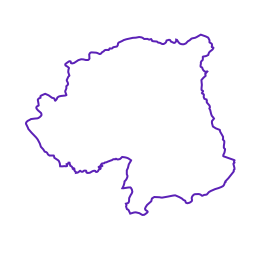 Tien Phuoc, Quàng Nam, Vietnam (Equal Earth projection), rotated 261°
{"feature_id": "81297802B51785257245499", "entity_name": "Tien Phuoc", "entity_type": "district", "adm_level": 2, "iso_a3": "VNM", "parent_name": "Vietnam", "parent_adm1": "Quàng Nam", "projection": "equal_earth", "projection_center": [108.26, 15.491], "detail": "fine", "context": "isolated", "style": "outline", "palette": "violet", "viewbox_px": 256, "rotation_deg": 261, "n_neighbors": 0, "source": "geoboundaries", "source_scale": "gbopen_adm2", "svg_char_len": 5766}
<svg xmlns="http://www.w3.org/2000/svg" viewBox="0 0 256 256"><g transform="rotate(261 128 128)"><path d="M208.8,214.5L207.1,210.1L206.6,208.4L206.5,205.5L206.3,204.6L205.0,202.6L204.3,200.7L202.5,198.4L202.1,196.8L202.0,196.0L202.3,194.4L202.7,193.4L203.3,192.4L204.6,191.4L207.4,190.1L207.7,189.4L206.6,189.3L205.7,188.7L205.0,187.8L204.8,187.2L204.9,186.6L206.8,183.8L207.9,183.5L208.4,183.1L208.7,182.3L208.4,179.8L206.7,178.9L206.0,177.9L205.4,176.4L205.5,175.4L205.9,174.4L206.8,173.4L207.4,172.1L207.6,171.2L208.7,170.2L208.9,170.0L209.8,166.3L210.2,165.5L211.6,165.1L212.2,164.7L212.0,163.2L212.0,162.7L213.0,161.0L213.3,158.6L213.4,157.9L214.8,156.5L215.4,155.5L216.0,153.7L216.1,153.1L216.0,149.8L216.3,146.9L215.9,140.2L215.5,137.5L214.9,136.0L213.8,132.1L213.1,131.4L211.3,130.8L210.4,130.0L210.2,129.6L210.1,126.4L210.0,125.9L209.2,125.0L209.1,124.5L209.1,123.5L209.5,122.6L209.4,122.3L209.3,122.1L208.4,121.6L208.1,121.0L208.6,118.4L208.5,117.4L208.2,116.7L207.6,116.1L206.8,114.1L205.9,113.2L205.5,112.3L205.5,111.5L206.9,109.4L207.4,108.3L208.4,103.8L208.3,102.8L207.8,102.0L206.7,101.2L202.6,100.8L201.9,100.2L201.4,99.1L201.8,96.9L202.9,94.2L203.2,92.4L202.8,89.6L200.7,85.0L200.5,83.3L200.8,82.2L201.0,81.9L202.7,81.7L202.9,81.4L203.1,80.7L203.0,80.1L201.7,77.4L200.9,76.1L200.7,76.0L199.8,76.0L199.4,76.2L198.0,77.9L196.7,79.0L196.2,79.0L194.9,78.3L192.6,77.7L189.0,78.3L188.8,78.2L188.1,77.2L187.6,76.8L184.9,75.0L184.1,75.0L182.4,75.6L180.8,75.7L179.9,75.1L178.9,73.6L176.7,73.3L174.3,71.8L173.4,71.7L170.5,72.3L170.1,72.2L169.9,71.0L170.1,67.1L170.0,65.1L169.7,64.1L169.1,63.0L167.9,62.3L167.3,61.7L166.6,60.9L166.4,60.4L166.6,60.2L168.6,59.8L169.0,59.4L169.8,57.6L172.7,54.7L174.5,51.9L174.7,51.6L174.6,51.0L173.9,48.3L173.5,47.0L173.1,46.5L171.6,46.3L171.1,44.5L170.3,43.5L169.8,43.3L166.4,43.4L164.3,43.3L164.1,43.1L163.7,41.7L163.2,41.0L162.4,40.6L161.5,40.7L159.6,41.8L156.5,44.4L155.2,44.7L154.2,44.5L153.7,44.1L152.6,42.6L151.9,41.1L151.7,40.0L151.9,37.2L152.0,33.6L151.9,33.3L151.5,32.4L150.7,30.0L149.9,28.8L148.8,28.0L148.1,27.9L143.9,29.2L142.7,29.4L138.6,31.9L133.0,35.8L130.8,37.0L126.4,38.5L123.1,39.0L120.1,41.0L117.7,42.0L117.0,43.4L116.5,43.9L116.0,44.3L114.4,44.8L113.1,46.1L112.4,50.3L112.0,50.5L110.1,50.6L107.1,53.9L106.1,54.6L103.7,55.1L100.8,55.0L100.4,57.1L100.3,59.1L99.9,60.6L99.9,61.6L100.1,61.9L100.4,62.0L101.5,61.7L101.9,61.7L102.0,62.9L102.2,63.3L103.1,63.8L103.0,64.4L102.9,64.8L102.4,64.9L101.3,64.8L100.8,65.1L99.9,65.0L98.8,66.3L97.7,66.9L97.0,67.0L96.8,68.1L96.3,68.6L95.8,68.6L95.6,67.8L94.8,68.6L93.8,68.7L92.9,69.2L92.2,70.3L91.8,70.0L91.8,70.9L92.1,72.1L93.2,73.8L93.2,74.1L92.6,74.6L92.1,75.3L91.9,76.1L92.0,76.7L92.6,77.6L92.7,78.0L92.7,78.7L92.4,79.8L91.7,80.1L91.0,79.9L90.7,80.0L90.4,80.2L90.0,80.8L89.8,82.2L89.8,83.4L90.9,86.2L91.1,87.9L90.7,89.0L90.0,89.2L89.6,89.6L89.5,90.5L90.0,91.5L91.7,92.9L91.8,94.1L92.2,94.6L92.9,94.6L93.4,94.0L93.8,93.0L94.1,93.0L94.5,94.0L94.2,95.7L94.3,96.2L94.6,96.7L94.9,96.6L95.6,95.3L95.8,95.4L96.9,96.5L97.0,97.5L96.9,98.8L97.5,99.7L97.5,101.2L98.1,103.4L98.2,104.2L98.6,105.9L98.7,107.0L99.2,107.9L99.4,108.8L99.4,109.5L99.1,110.3L99.2,110.8L99.5,111.3L99.3,111.7L98.9,112.1L98.6,112.6L98.5,113.7L98.6,115.1L98.9,115.7L100.3,117.7L99.5,120.4L98.8,122.1L97.9,123.6L95.6,126.0L95.1,125.7L92.0,123.1L88.6,121.7L86.4,120.2L82.6,119.6L80.7,120.0L79.5,119.6L77.9,118.6L76.8,117.6L75.8,116.2L74.5,115.9L72.9,115.2L71.5,114.5L69.4,113.0L69.2,113.8L69.2,118.9L69.0,120.7L68.9,121.1L68.4,121.5L66.6,122.2L64.3,122.3L62.7,121.4L61.4,120.2L58.6,118.2L55.6,117.6L54.3,116.9L54.1,116.6L53.8,115.9L53.6,114.1L52.3,114.4L52.0,114.4L50.8,113.8L48.3,114.2L48.0,114.3L47.2,115.5L46.6,115.8L43.1,116.8L43.6,120.7L43.5,122.5L42.1,125.9L40.4,127.9L39.9,128.6L39.7,130.2L40.2,131.5L41.3,133.5L41.9,134.2L42.2,134.3L42.8,134.1L44.1,132.7L44.7,132.3L45.6,132.2L47.0,133.0L49.0,134.8L52.0,139.5L54.6,140.6L55.5,142.5L55.7,143.3L54.7,148.2L54.1,149.9L53.9,150.9L54.0,156.5L54.2,161.4L54.2,163.2L54.0,164.3L51.7,167.9L49.9,170.2L48.3,171.5L47.2,173.1L45.6,173.4L44.9,173.8L44.4,175.0L44.6,177.2L45.5,179.1L45.9,179.6L46.9,180.0L48.3,179.9L49.3,180.1L50.3,180.7L51.2,181.6L51.9,182.7L52.1,183.4L52.1,184.2L51.7,187.6L50.9,189.2L49.6,190.4L49.5,190.7L49.5,191.0L50.0,192.8L49.9,194.7L50.1,195.6L52.0,197.8L52.8,199.8L54.0,204.4L54.5,208.0L55.1,210.8L55.7,212.6L56.0,213.1L56.9,214.0L59.2,215.3L59.5,216.0L60.1,215.9L62.7,219.3L68.3,225.4L68.7,225.7L69.7,225.8L70.3,226.2L70.6,226.7L71.8,226.9L76.0,226.5L76.4,226.7L77.1,227.7L77.8,227.4L78.6,227.6L79.2,228.1L79.5,228.1L79.8,227.7L81.0,225.5L85.0,218.1L85.4,217.7L86.4,217.9L88.6,219.4L89.6,219.8L91.6,220.5L92.1,220.5L92.8,219.9L93.8,219.6L95.4,219.9L98.4,220.8L99.5,221.0L100.1,221.0L100.6,220.7L101.8,219.9L102.9,220.3L104.5,220.5L109.8,218.5L111.8,218.3L113.9,214.7L116.2,212.1L119.4,211.7L120.8,211.8L121.8,212.1L123.8,214.4L124.8,214.0L126.9,212.7L128.9,212.3L132.9,212.0L134.5,211.4L135.8,212.2L137.4,212.0L140.8,209.9L141.6,209.8L142.4,210.2L143.9,210.0L144.1,209.3L145.0,208.0L146.8,207.6L148.7,208.1L149.2,208.1L149.7,207.8L150.4,206.8L151.0,206.5L152.4,207.8L152.9,207.8L153.9,206.7L154.4,206.6L156.0,206.9L159.0,207.7L163.8,208.0L164.3,208.5L165.7,210.2L167.4,212.8L168.4,212.9L169.3,212.7L171.4,215.2L171.5,215.1L171.4,213.2L171.7,212.7L172.9,211.7L174.0,211.1L176.1,210.7L177.1,209.4L177.5,209.3L178.6,209.5L180.2,210.1L181.0,210.1L182.1,210.6L182.5,210.9L183.3,212.2L184.3,212.7L186.5,213.0L186.8,213.4L186.8,215.7L187.0,216.9L187.6,218.7L189.0,219.3L190.0,220.0L190.7,220.9L192.2,223.6L193.2,224.6L193.8,224.9L194.2,224.7L194.8,223.5L195.5,223.5L196.6,224.0L198.0,223.9L198.5,223.5L199.7,222.0L199.9,221.9L202.0,222.2L204.5,221.4L204.9,221.1L206.3,219.1L208.8,214.5Z" fill="none" stroke="#5b21b6" stroke-width="2"/></g></svg>